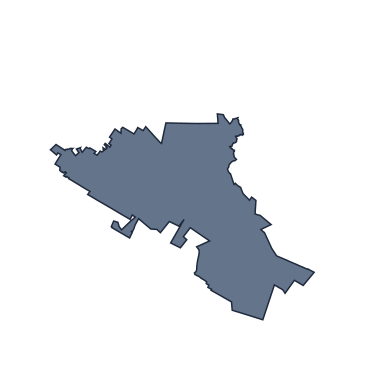 Moctezuma, San Luis Potosí, Mexico (Albers equal-area conic projection), rotated 207°
{"feature_id": "50627088B80113509958046", "entity_name": "Moctezuma", "entity_type": "district", "adm_level": 2, "iso_a3": "MEX", "parent_name": "Mexico", "parent_adm1": "San Luis Potosí", "projection": "albers", "projection_center": [-101.102, 22.707], "detail": "fine", "context": "isolated", "style": "filled", "palette": "slate", "viewbox_px": 384, "rotation_deg": 207, "n_neighbors": 0, "source": "geoboundaries", "source_scale": "gbopen_adm2", "svg_char_len": 5353}
<svg xmlns="http://www.w3.org/2000/svg" viewBox="0 0 384 384"><g transform="rotate(207 192 192)"><path d="M326.7,154.7L320.9,154.2L319.6,151.2L316.7,150.6L316.6,151.0L314.8,150.7L314.2,152.4L312.7,152.1L313.7,148.2L312.3,148.1L311.8,148.1L311.0,148.0L310.9,148.9L308.0,148.7L308.0,147.9L307.5,147.9L294.8,147.0L292.8,146.8L291.1,146.7L287.5,146.4L285.4,146.3L284.9,146.3L283.8,146.2L283.2,146.2L283.8,142.4L282.3,142.3L279.6,142.2L276.7,142.0L274.2,141.8L251.2,140.5L248.7,140.3L234.7,139.5L234.8,144.4L231.1,143.9L233.5,138.1L237.6,126.3L241.2,128.1L244.3,131.4L248.6,130.6L248.2,124.6L247.2,124.4L247.3,123.9L242.3,123.6L226.7,122.7L226.9,128.8L227.0,128.8L227.4,129.1L227.6,129.1L227.9,129.2L228.1,129.2L228.2,129.3L228.1,129.6L227.7,129.8L227.4,129.9L227.1,130.0L227.1,132.8L227.7,136.6L227.5,144.0L211.9,140.3L206.3,142.7L201.7,141.4L198.8,155.4L188.1,155.6L186.6,164.0L186.9,159.4L186.9,158.9L186.9,158.1L186.9,157.7L187.7,141.0L187.7,140.8L187.9,136.9L177.0,137.0L175.0,147.1L179.4,148.3L177.3,159.4L154.1,156.4L163.0,145.3L162.3,145.0L160.5,144.1L159.8,143.7L159.3,143.3L158.7,142.4L158.1,141.3L157.6,139.9L157.1,138.2L155.9,133.5L154.2,128.5L153.7,127.3L152.8,125.5L152.3,123.6L152.4,122.6L152.4,122.4L152.8,121.8L153.1,120.9L152.7,120.7L152.4,120.4L152.1,119.9L151.7,119.8L151.4,119.9L150.1,119.8L147.3,119.9L144.6,119.3L140.3,119.0L138.1,118.5L137.9,117.6L137.7,116.8L134.8,116.7L134.5,114.2L130.4,114.2L130.5,113.1L106.9,112.0L102.5,104.9L77.5,109.2L70.9,110.3L76.4,146.6L66.7,146.1L63.1,144.0L60.7,159.8L50.5,159.2L46.7,175.9L53.9,176.0L54.0,175.6L74.6,174.3L75.2,174.3L87.6,173.5L95.3,177.9L109.1,188.8L109.2,188.7L109.3,188.6L113.6,189.9L108.4,196.7L108.2,197.0L106.7,198.9L120.3,202.0L120.8,202.1L123.3,201.4L125.9,201.2L131.2,213.5L134.2,214.1L136.6,214.5L137.0,210.8L141.8,212.4L145.9,213.8L150.4,217.8L150.9,218.3L151.7,218.1L152.4,218.4L153.6,218.3L157.4,219.4L157.8,217.8L157.9,217.7L166.1,225.8L167.1,225.7L169.9,227.5L170.7,228.7L170.9,229.1L170.6,230.9L171.3,232.9L170.8,235.5L170.4,236.5L169.8,237.7L169.2,238.7L168.1,239.2L167.2,241.2L170.5,242.4L171.3,243.9L171.5,244.1L171.9,244.2L172.1,244.5L172.3,244.9L172.4,245.1L172.4,245.3L172.5,245.4L172.6,245.6L172.7,245.8L172.9,246.4L173.0,246.9L173.1,247.0L173.1,247.4L173.2,247.5L172.8,247.6L172.9,248.0L173.0,248.1L173.1,248.3L173.2,248.2L173.3,248.2L173.5,248.2L173.9,248.2L174.0,248.2L174.4,248.2L174.7,248.2L174.8,248.3L175.4,248.5L175.7,248.7L175.8,248.4L176.0,248.5L176.4,248.6L176.7,248.7L176.8,248.7L177.2,248.8L177.3,248.8L177.5,248.8L177.8,248.9L177.9,249.0L178.6,249.5L179.0,249.5L179.0,249.8L178.4,250.1L178.1,250.3L177.9,250.3L177.9,250.2L177.8,250.3L177.6,250.4L177.4,250.4L177.3,250.6L177.3,250.8L177.2,250.9L177.2,251.0L177.3,251.3L177.3,251.6L177.4,251.8L177.4,252.0L177.5,252.2L177.4,252.3L177.4,252.6L177.5,252.8L177.5,253.0L177.6,253.3L177.5,253.6L177.4,253.9L177.3,254.3L177.2,254.7L177.1,254.8L176.9,254.8L176.8,254.7L176.6,254.9L176.5,255.0L176.3,255.3L176.0,255.4L176.0,255.5L175.7,256.1L175.6,256.3L175.4,256.5L175.2,256.9L175.6,257.9L175.8,258.6L175.8,258.8L175.9,259.1L176.0,259.9L176.6,260.1L177.3,260.4L177.8,260.8L178.2,261.1L178.5,261.3L178.5,261.6L177.9,261.7L177.8,261.8L177.4,262.1L177.1,262.1L176.8,262.2L176.7,262.4L176.2,262.9L176.3,263.1L175.9,263.2L175.7,263.3L175.5,264.6L175.3,264.9L175.0,264.9L175.1,265.1L174.2,265.7L173.3,265.4L173.3,265.5L172.7,265.9L172.6,266.2L172.7,266.3L172.4,266.6L172.8,267.1L172.9,267.7L173.6,267.7L174.0,268.3L174.2,268.6L174.6,269.6L175.1,270.7L175.4,271.0L176.3,271.3L176.7,271.6L177.1,272.1L177.3,272.2L177.4,272.4L177.5,272.4L178.9,273.1L179.3,273.5L179.1,273.7L179.0,273.9L179.8,273.9L180.1,273.6L182.1,275.2L182.3,275.4L182.6,276.0L182.7,276.3L183.0,276.9L183.4,277.3L184.1,277.3L184.3,277.5L184.7,278.1L184.8,278.6L184.8,279.1L185.1,278.9L185.7,277.9L186.5,277.5L187.3,276.5L187.6,276.1L188.7,275.6L188.5,275.2L188.5,272.9L188.4,272.7L189.2,269.8L196.7,273.1L199.2,275.1L204.9,273.1L199.9,265.0L203.2,263.3L216.7,256.3L221.9,253.7L225.8,251.8L227.4,251.0L228.9,250.3L231.1,249.2L233.4,248.1L235.8,246.9L237.5,246.1L240.9,244.5L243.1,243.4L246.6,241.7L245.8,238.7L245.1,236.0L244.6,234.0L243.8,231.2L243.2,229.0L241.2,221.4L242.8,221.6L252.8,225.3L253.6,225.6L253.9,225.8L254.9,226.1L262.9,229.2L263.4,224.5L267.5,224.7L269.6,224.8L269.6,223.2L269.7,221.5L270.0,217.4L273.2,217.6L275.9,217.8L278.3,217.9L281.3,218.1L283.1,218.2L283.8,216.2L282.0,212.1L285.4,212.6L287.4,212.9L289.2,213.2L289.9,207.4L290.4,203.5L287.4,202.9L288.0,197.4L285.4,197.1L285.5,194.8L288.5,195.4L291.4,195.9L291.6,194.3L290.7,194.1L288.7,193.7L289.0,192.9L287.6,192.6L288.0,191.7L288.5,190.6L291.3,191.0L291.0,190.6L290.8,190.2L290.5,189.7L290.3,189.4L289.2,189.3L289.7,188.3L289.8,188.0L290.4,186.7L292.4,186.8L293.2,181.8L294.1,181.8L296.2,181.9L296.8,181.9L296.1,184.5L296.4,184.5L299.7,184.7L303.0,184.9L303.5,183.9L306.5,183.9L306.8,182.6L307.4,179.8L307.6,178.5L307.9,177.5L311.5,180.2L311.5,180.9L314.5,177.8L310.6,175.7L311.1,174.5L311.6,173.1L311.9,172.2L312.3,171.5L313.9,172.2L315.8,173.1L316.5,173.4L317.9,174.1L318.0,175.3L318.1,176.3L318.0,176.6L319.6,175.6L319.9,175.9L322.1,173.4L322.5,173.6L323.1,173.1L324.2,172.2L324.0,171.4L325.5,171.6L328.3,171.9L334.7,172.6L337.3,165.3L334.9,164.8L331.2,163.9L329.5,163.5L329.2,165.9L325.8,165.8L326.7,154.7Z" fill="#64748b" stroke="#1e293b" stroke-width="1.5"/></g></svg>